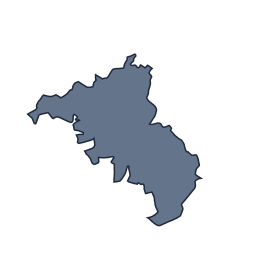 Thai Hoa, Nghệ An, Vietnam, rotated 33°
{"feature_id": "81297802B32908759949092", "entity_name": "Thai Hoa", "entity_type": "district", "adm_level": 2, "iso_a3": "VNM", "parent_name": "Vietnam", "parent_adm1": "Nghệ An", "projection": "albers", "projection_center": [105.442, 19.294], "detail": "fine", "context": "isolated", "style": "filled", "palette": "slate", "viewbox_px": 256, "rotation_deg": 33, "n_neighbors": 0, "source": "geoboundaries", "source_scale": "gbopen_adm2", "svg_char_len": 5633}
<svg xmlns="http://www.w3.org/2000/svg" viewBox="0 0 256 256"><g transform="rotate(33 128 128)"><path d="M193.4,192.6L194.6,192.5L199.6,193.4L201.9,193.6L203.1,193.7L204.3,193.7L205.3,193.6L206.0,193.4L206.6,193.3L207.6,192.7L207.9,192.4L208.3,192.0L208.6,191.4L209.0,190.7L213.2,184.2L215.1,181.6L216.3,179.6L218.0,176.9L219.0,174.8L219.3,174.2L219.6,173.4L219.7,172.8L219.6,172.5L219.2,170.1L218.6,167.8L218.5,167.0L218.3,166.5L218.0,165.9L217.5,165.3L216.5,164.5L215.8,164.1L215.2,163.7L214.7,163.2L214.4,162.6L214.4,162.1L214.4,161.6L214.6,160.8L214.9,158.7L215.6,152.7L216.3,145.8L216.4,144.9L216.6,144.1L216.7,142.6L216.6,141.7L216.4,140.9L216.2,140.3L215.8,139.5L215.6,139.0L214.9,138.2L214.3,137.6L213.8,137.0L213.4,136.4L213.3,136.0L213.4,135.1L213.6,134.6L213.8,133.9L214.1,133.4L214.4,132.8L215.3,131.7L216.7,130.4L212.1,130.5L210.4,130.3L209.9,130.1L209.5,129.8L208.5,127.8L207.9,126.1L207.7,125.0L207.6,124.3L208.1,121.8L208.2,120.7L208.0,120.2L205.7,117.9L204.1,116.2L202.1,114.6L200.8,113.7L200.1,113.5L199.9,113.5L199.6,113.5L199.2,113.8L197.5,115.3L196.9,115.7L196.3,116.0L195.9,116.1L192.2,115.6L191.1,115.3L190.8,115.5L190.4,115.9L190.2,116.0L188.8,115.4L186.7,113.9L184.9,112.1L184.2,111.4L183.1,110.6L182.5,110.3L181.0,109.7L179.3,109.0L176.7,109.3L171.4,108.7L168.6,107.9L165.0,106.9L164.6,104.5L163.2,103.9L161.7,103.6L161.0,103.5L159.2,106.3L157.5,107.9L156.8,108.1L156.3,108.1L155.3,107.7L153.2,106.7L152.1,106.8L151.6,106.9L150.2,107.7L146.6,111.6L145.1,112.6L143.9,112.9L144.0,110.6L144.0,109.0L143.9,107.8L143.9,107.4L144.0,104.8L144.0,103.3L143.7,102.3L143.2,100.4L142.3,97.7L142.0,97.2L141.7,96.9L141.4,96.6L140.4,95.9L138.3,95.0L136.9,94.7L135.4,94.6L134.5,94.5L132.5,94.3L130.7,94.1L129.7,93.8L128.5,93.3L127.7,92.9L127.4,92.5L127.2,92.2L127.0,91.8L126.7,90.0L126.5,88.4L126.2,87.9L126.0,87.5L124.9,85.6L124.4,83.9L123.6,81.1L122.8,78.9L122.1,77.8L121.4,76.9L120.5,75.9L120.3,75.1L120.0,72.4L119.7,71.9L119.0,71.5L118.4,71.2L117.1,71.1L116.6,70.9L116.2,70.6L115.9,70.3L115.7,70.0L115.5,69.5L115.3,67.9L115.4,66.9L115.8,64.9L114.3,64.8L112.0,64.7L110.3,64.7L110.0,65.9L109.8,67.8L109.5,68.2L108.7,68.2L107.9,68.2L104.3,68.2L104.1,68.5L104.3,69.7L104.5,70.6L104.3,71.1L103.9,71.6L103.4,72.1L102.9,72.2L102.2,71.9L101.3,71.5L100.5,71.4L99.7,71.4L99.3,71.6L98.9,71.9L98.0,72.9L97.6,73.2L97.2,73.4L96.1,73.6L95.6,73.4L95.2,73.0L95.2,72.5L95.5,71.7L95.4,71.2L95.6,70.7L96.0,69.9L96.1,69.1L95.9,68.3L95.2,67.2L95.1,66.4L95.0,65.0L95.2,64.4L95.4,64.0L95.3,63.5L94.9,62.8L94.3,62.4L93.7,62.3L93.3,62.5L92.2,64.4L91.2,66.1L88.8,68.8L88.9,69.5L89.8,70.6L89.9,70.9L90.1,71.7L90.1,74.2L90.5,76.9L91.6,79.6L91.6,80.0L91.2,80.6L89.6,81.8L87.3,83.6L85.9,84.5L84.2,86.1L83.7,86.7L83.3,87.3L83.2,88.0L83.3,92.6L83.4,95.5L83.3,96.3L83.3,96.8L83.1,97.3L82.6,98.0L82.1,98.5L81.6,98.8L80.9,99.3L80.0,100.6L78.7,100.7L73.9,100.9L71.8,101.0L73.5,103.6L74.1,104.5L74.7,104.9L75.1,105.0L75.2,105.5L74.6,108.4L74.8,109.0L75.0,109.7L75.4,110.6L76.1,112.4L73.9,114.6L72.0,115.8L71.3,116.1L70.6,116.1L66.1,116.2L61.1,116.2L59.3,118.7L58.9,119.8L58.9,121.1L58.9,122.2L59.9,125.2L60.1,126.7L58.8,127.6L58.3,132.3L57.6,134.5L56.0,137.9L55.2,139.2L52.4,139.2L49.6,139.4L49.2,139.6L48.9,140.5L48.1,141.4L47.2,142.6L46.4,143.5L45.5,144.1L44.4,144.5L42.9,145.2L41.4,145.7L40.3,146.0L39.2,146.5L38.9,147.8L38.9,149.1L38.9,150.7L38.8,152.3L38.5,153.8L38.5,154.7L38.6,156.5L38.8,158.2L39.3,159.4L40.3,160.4L40.8,161.4L40.6,162.8L40.0,164.0L36.3,171.0L37.9,171.3L40.6,171.7L41.8,171.8L42.8,172.4L45.0,173.9L46.2,174.8L47.2,175.2L48.2,174.8L48.2,174.1L48.1,173.3L47.9,172.6L46.2,165.6L48.2,163.1L52.7,158.6L59.0,160.9L60.2,160.8L60.6,159.7L61.1,158.9L61.8,158.0L62.5,157.3L63.0,157.0L64.9,156.4L73.8,155.2L75.7,154.8L77.0,154.4L77.8,153.6L77.9,152.9L77.8,152.0L77.5,151.3L77.1,150.4L75.3,147.3L75.2,146.7L75.2,146.4L75.4,146.1L76.5,145.8L78.5,146.0L79.3,146.2L79.7,146.5L79.8,147.2L79.3,148.7L79.2,149.1L79.3,149.4L79.8,149.7L80.1,149.7L82.1,148.2L82.4,147.9L83.2,148.1L82.1,149.7L81.0,151.9L80.4,153.5L80.3,155.4L81.1,155.8L83.5,158.4L84.0,158.7L84.4,158.8L85.4,158.3L87.6,157.3L93.1,156.2L93.8,157.8L90.6,160.0L88.5,162.0L90.8,163.4L91.7,164.2L92.3,164.7L93.0,166.6L93.2,167.1L93.4,167.4L93.9,167.6L94.9,167.8L97.8,165.0L103.0,159.0L104.4,157.2L105.0,155.3L107.5,158.0L109.0,159.7L109.5,160.7L109.6,161.3L109.8,162.1L109.8,162.7L109.6,163.4L109.3,163.9L108.9,164.8L107.5,166.7L104.7,170.4L104.2,170.9L107.3,172.6L109.6,172.9L113.3,174.3L115.8,176.1L117.1,176.9L117.9,177.1L118.1,177.1L118.4,177.1L119.2,176.9L119.8,176.3L120.5,175.9L121.0,174.9L121.4,174.3L121.5,173.9L121.9,173.6L121.8,172.7L122.0,172.4L119.3,168.8L123.6,166.4L127.2,163.7L130.1,160.9L131.5,160.1L132.0,160.3L132.3,160.7L132.3,165.4L132.5,165.7L132.7,165.9L133.1,166.0L134.4,165.9L135.0,165.8L136.0,165.9L136.5,166.2L138.4,169.2L140.7,172.5L141.9,174.4L143.5,177.3L143.8,177.9L144.4,178.9L145.7,180.9L148.2,178.8L149.4,177.6L150.2,176.8L150.3,175.7L150.6,173.7L150.5,168.4L150.3,166.9L148.8,161.8L148.6,161.0L148.6,160.4L148.6,160.0L148.9,159.7L149.3,159.6L149.7,159.8L150.6,161.4L151.3,162.2L152.4,163.1L155.4,166.3L155.7,167.1L155.9,168.5L156.5,172.7L157.8,172.7L158.4,172.7L159.0,172.5L163.0,171.3L164.7,170.6L166.4,170.0L166.2,169.1L166.3,168.6L166.8,168.3L167.4,168.3L168.6,168.3L169.5,168.2L170.0,168.0L170.2,167.6L170.6,167.2L171.0,167.0L171.5,166.8L171.9,166.8L172.2,167.0L172.7,167.6L173.6,168.3L174.6,170.2L178.5,173.4L181.1,170.6L182.9,168.7L187.8,171.9L190.0,174.7L191.4,175.9L192.4,177.5L194.4,179.1L197.2,180.9L198.7,181.9L198.7,182.6L198.6,183.4L198.0,185.8L196.7,188.6L195.5,190.4L193.4,192.6Z" fill="#64748b" stroke="#1e293b" stroke-width="1.5"/></g></svg>